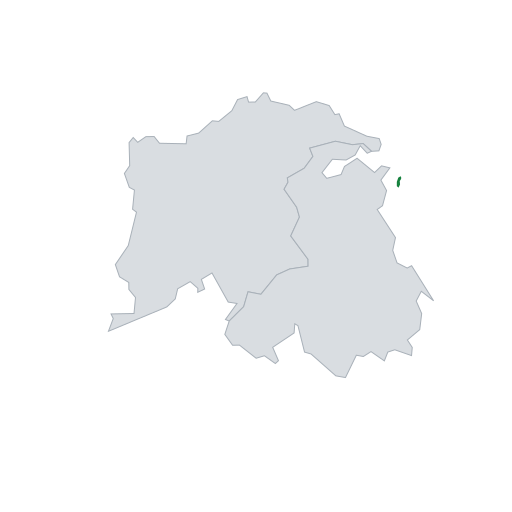 Curaçao highlighted among its neighbors, rotated 60°
{"feature_id": "CUW", "entity_name": "Curaçao", "entity_type": "country or territory", "adm_level": 0, "iso_a3": "CUW", "parent_name": "North America", "parent_adm1": "", "projection": "natural_earth1", "projection_center": [-68.965, 12.213], "detail": "fine", "context": "with_neighbors", "style": "filled", "palette": "green", "viewbox_px": 512, "rotation_deg": 60, "n_neighbors": 2, "source": "natural_earth", "source_scale": "50m", "svg_char_len": 2232}
<svg xmlns="http://www.w3.org/2000/svg" viewBox="0 0 512 512"><g transform="rotate(60 256 256)"><path d="M298.9,311.7L295.7,314.2L287.6,296.2L282.0,303.1L248.7,302.6L248.9,315.0L258.9,317.0L258.3,324.6L254.9,322.5L245.3,325.8L245.2,340.2L252.8,347.4L255.5,358.7L247.4,421.4L238.8,410.9L233.7,410.5L244.8,390.4L231.7,381.1L221.4,382.8L215.3,379.4L205.8,384.6L193.1,382.1L183.1,361.4L158.3,337.6L153.8,339.5L138.1,328.3L133.2,331.4L118.7,328.7L114.6,320.2L94.3,309.2L92.0,303.1L98.4,301.6L97.6,291.7L101.6,284.5L110.1,283.2L123.9,260.4L117.6,255.7L120.9,244.2L117.1,226.2L120.8,221.0L118.1,204.3L111.3,193.7L113.5,184.1L119.0,185.5L122.3,179.6L118.4,168.0L120.4,165.1L129.2,165.7L142.1,151.9L149.1,149.8L152.5,126.6L162.3,117.4L173.0,117.0L174.4,112.9L187.7,114.5L207.7,100.1L215.9,90.6L221.9,91.8L226.4,97.0L223.1,103.6L212.2,107.0L207.8,116.9L196.3,129.9L189.4,155.6L198.2,156.9L204.1,170.4L204.0,189.8L208.1,191.4L212.2,198.3L234.1,196.4L244.0,198.9L256.0,215.9L284.9,212.6L290.9,216.0L284.1,233.3L282.7,247.5L291.6,270.9L283.0,280.8L293.7,292.0L298.9,311.7Z" fill="#d9dde1" stroke="#a8b0b8" stroke-width="1"/><path d="M392.1,218.7L406.0,239.3L399.7,246.8L368.4,257.3L363.5,262.0L337.3,254.5L334.1,256.3L341.7,261.5L343.4,287.2L357.9,288.9L358.8,293.0L346.6,298.6L344.6,307.0L324.9,314.9L321.6,320.9L308.3,322.2L298.9,311.7L293.7,292.0L283.0,280.8L291.6,270.9L282.7,247.5L284.1,233.3L290.9,216.0L284.9,212.6L256.0,215.9L244.0,198.9L234.1,196.4L212.2,198.3L208.1,191.4L204.0,189.8L204.1,170.4L198.2,156.9L189.4,155.6L196.3,129.9L207.8,116.9L212.2,107.0L223.1,103.6L222.6,108.3L212.6,110.6L218.1,119.6L217.9,130.0L210.4,141.5L216.8,157.2L224.1,155.9L228.0,141.6L222.7,134.6L221.9,119.6L243.0,111.6L240.7,102.2L246.6,96.0L252.7,109.9L264.6,110.2L275.7,121.3L276.3,127.8L309.8,126.0L319.5,134.8L332.5,137.3L342.0,131.1L342.2,126.1L383.6,124.6L369.2,130.5L375.1,139.8L388.7,141.3L401.6,151.0L404.4,166.9L413.3,166.4L420.0,171.1L406.6,182.7L405.1,189.9L411.0,197.3L396.3,204.2L396.7,213.3L392.1,218.7Z" fill="#d9dde1" stroke="#a8b0b8" stroke-width="1"/><path d="M266.9,98.0L266.0,98.3L262.7,96.4L260.0,93.3L260.0,91.7L260.6,91.8L261.3,92.4L262.4,94.6L265.6,96.1L266.9,98.0Z" fill="#22c55e" stroke="#15803d" stroke-width="1.5"/></g></svg>